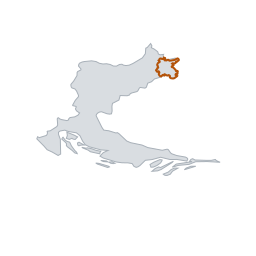 Vukovarsko-Srijemska on a map of Croatia (orthographic projection), rotated 325°
{"feature_id": "HRV-1605", "entity_name": "Vukovarsko-Srijemska", "entity_type": "County", "adm_level": 1, "iso_a3": "HRV", "parent_name": "Croatia", "parent_adm1": "", "projection": "orthographic", "projection_center": [18.849, 45.171], "detail": "fine", "context": "in_parent", "style": "outline", "palette": "amber", "viewbox_px": 256, "rotation_deg": 325, "n_neighbors": 0, "source": "natural_earth", "source_scale": "10m", "svg_char_len": 5769}
<svg xmlns="http://www.w3.org/2000/svg" viewBox="0 0 256 256"><g transform="rotate(325 128 128)"><path d="M48.9,83.3L49.8,85.0L56.9,87.3L58.5,86.6L59.5,85.4L59.6,84.6L60.2,84.4L62.7,85.7L70.5,86.0L72.1,85.2L75.3,79.9L76.3,79.5L76.9,79.7L77.3,81.4L78.3,82.9L82.1,86.8L83.5,87.3L85.0,86.4L86.5,86.2L90.7,88.3L94.3,88.8L97.0,87.9L95.8,85.0L95.7,83.4L95.9,82.2L97.8,81.0L97.7,80.4L95.6,78.0L95.8,77.5L100.7,75.1L105.4,73.9L106.2,72.8L107.1,68.1L106.9,65.5L105.1,63.1L105.0,61.9L105.5,60.6L106.3,59.5L110.4,58.4L116.3,55.8L118.2,53.3L119.3,52.9L122.6,53.4L123.3,52.8L123.0,49.0L123.6,48.1L125.3,47.1L128.2,47.6L130.5,48.6L136.7,52.1L139.9,55.2L141.7,58.6L144.2,61.2L147.3,63.1L149.8,65.7L151.6,68.9L154.1,70.7L157.5,71.1L159.6,72.3L160.4,74.0L162.2,75.7L165.0,77.2L169.2,78.0L180.0,78.8L184.8,77.1L188.4,72.8L190.0,73.1L195.0,71.8L194.7,74.4L193.2,75.6L194.7,78.3L196.1,82.6L195.3,84.8L196.3,86.5L199.4,88.1L198.5,88.6L197.8,90.1L197.7,92.7L200.2,95.1L206.7,97.8L208.7,99.9L208.7,100.9L208.3,101.5L203.3,101.7L201.4,100.6L201.2,102.4L199.4,102.9L200.4,109.3L200.0,111.2L199.3,111.8L197.9,111.5L197.5,112.1L197.8,113.4L196.0,113.6L193.1,112.9L191.8,111.7L191.5,109.2L190.6,107.3L188.3,105.3L183.5,104.9L177.8,103.0L173.8,103.6L169.9,102.6L166.5,105.1L164.8,105.1L161.4,101.9L160.4,101.7L157.4,103.2L156.2,103.3L151.3,101.5L149.5,101.2L148.2,101.8L145.8,101.1L140.2,96.9L136.6,99.9L129.4,98.9L127.3,101.0L124.7,105.0L122.6,106.9L120.9,106.1L119.0,104.3L115.6,99.5L113.8,98.6L111.7,98.4L109.9,98.8L108.9,99.7L107.0,112.3L106.9,115.8L110.7,119.3L115.2,125.1L116.7,125.8L117.4,127.7L119.5,137.9L121.7,141.5L129.7,150.0L133.0,155.4L143.3,165.9L147.9,167.8L148.6,168.8L148.6,172.8L149.1,174.3L152.1,178.5L158.4,184.8L159.1,186.2L159.3,187.2L158.9,188.0L157.2,188.8L150.0,181.8L144.3,177.9L138.0,170.7L129.5,167.6L123.7,164.4L116.2,165.6L113.8,165.5L112.1,164.9L110.9,162.9L111.0,159.5L107.7,156.3L103.2,153.1L98.9,149.1L90.5,138.4L88.9,135.0L93.5,134.0L98.7,134.9L93.2,130.3L85.6,121.3L83.4,117.1L83.3,112.7L84.2,106.8L83.0,102.4L77.1,96.6L75.0,93.5L70.6,91.5L68.6,91.6L67.3,93.7L66.1,98.4L57.9,110.7L55.0,110.4L52.1,104.2L49.3,99.4L48.8,94.6L47.1,84.6L48.9,83.3ZM181.5,203.9L181.6,205.3L183.8,208.9L173.6,200.9L164.0,194.4L157.1,192.8L147.8,187.5L141.8,185.5L146.8,185.2L161.1,192.3L159.5,190.5L161.6,189.8L163.4,190.3L164.5,192.6L172.6,198.7L177.7,202.3L181.5,203.9ZM72.0,118.4L71.7,119.9L70.1,117.9L69.4,114.4L67.6,108.7L67.4,107.1L68.6,105.6L68.6,104.1L67.4,99.1L68.7,98.4L69.5,98.3L69.6,101.7L70.2,103.7L72.1,106.2L71.4,110.1L71.5,115.8L72.0,118.4ZM81.6,106.4L78.1,107.1L76.6,105.5L76.2,104.3L73.4,103.7L71.5,101.1L74.0,99.4L75.5,96.4L79.8,102.9L81.6,106.4ZM134.6,175.3L130.1,175.3L126.2,174.5L124.3,173.2L125.1,170.5L129.4,170.8L136.0,172.2L137.6,173.7L137.1,174.3L134.6,175.3ZM146.1,181.3L144.1,181.6L131.4,181.0L127.7,180.1L122.8,177.2L127.0,176.8L130.8,177.5L131.9,179.0L146.1,181.3ZM90.9,132.0L90.1,133.0L83.5,125.8L82.8,123.5L79.6,118.6L79.1,117.3L82.1,120.5L83.3,120.9L86.2,124.0L89.0,128.0L92.4,131.5L90.9,132.0ZM130.4,186.0L135.7,187.2L139.6,186.8L143.1,187.5L145.8,189.5L139.7,188.9L136.1,190.1L132.9,189.3L131.7,188.5L130.8,187.4L130.4,186.0ZM90.2,148.2L90.5,149.2L88.7,148.7L82.2,139.9L81.5,138.2L83.9,140.3L90.2,148.2ZM79.7,111.5L82.3,116.8L79.8,115.1L77.5,114.4L77.1,113.2L78.0,111.3L79.7,111.5ZM157.7,195.5L161.6,198.2L150.2,194.5L152.7,194.2L157.7,195.5ZM95.4,146.4L97.1,149.4L95.4,148.7L93.6,146.9L92.6,144.9L95.4,146.4ZM91.6,142.8L92.0,144.2L88.6,141.4L87.1,138.9L91.6,142.8Z" fill="#d9dde1" stroke="#a8b0b8" stroke-width="1"/><path d="M187.9,105.9L187.7,105.8L187.5,105.5L187.3,105.2L187.1,104.7L186.8,104.4L186.6,104.4L186.2,104.7L185.8,104.7L185.4,104.6L185.2,104.6L184.7,104.8L184.1,103.9L183.9,103.3L183.9,102.8L183.9,102.5L183.9,102.2L184.0,101.7L184.8,100.7L185.0,100.8L185.3,100.8L185.4,100.7L185.6,100.4L185.6,100.2L185.7,99.9L185.7,99.4L185.6,99.2L185.4,98.9L184.4,98.7L184.2,98.7L184.0,98.3L184.1,97.2L184.1,96.8L184.3,96.7L184.6,96.5L185.8,96.4L185.9,96.2L186.0,96.0L186.1,95.9L186.3,95.8L187.3,95.9L187.5,95.7L187.5,95.3L187.5,95.1L187.5,94.9L187.6,94.7L187.9,94.5L187.9,94.4L188.0,94.2L188.0,93.2L188.3,92.8L188.6,92.6L189.2,92.3L189.7,92.0L191.7,92.1L192.0,91.9L192.2,91.5L192.2,91.3L192.1,91.0L192.1,90.9L191.8,90.6L191.8,90.4L191.8,90.2L192.0,90.2L192.8,90.0L193.0,89.9L193.3,89.6L193.6,89.5L193.8,89.5L194.1,89.5L194.4,89.6L194.7,89.9L194.9,90.0L195.0,90.2L195.1,90.4L195.1,90.5L195.6,90.9L195.6,91.0L195.8,91.1L195.9,91.3L196.0,91.4L196.3,91.5L197.2,91.3L197.7,90.9L198.0,91.3L198.5,92.0L198.2,92.6L197.5,92.7L196.9,93.0L197.0,93.8L197.5,94.1L197.8,94.2L198.0,94.5L198.4,94.8L199.1,94.8L199.4,94.9L199.9,95.0L200.3,95.4L200.3,95.8L200.5,96.6L202.0,97.5L203.0,97.9L204.8,98.8L205.6,99.0L208.0,99.3L208.6,99.5L208.9,100.3L208.8,101.2L208.5,101.5L208.4,101.6L206.0,101.8L205.9,101.7L205.7,101.3L205.3,101.3L205.2,101.5L205.0,101.8L203.9,102.0L203.3,101.9L202.7,101.7L202.4,101.4L201.9,100.7L201.6,100.5L201.0,100.6L201.2,101.2L201.5,102.0L201.4,102.6L200.8,102.7L199.3,102.6L198.9,102.9L198.9,103.3L199.1,103.6L199.4,103.9L199.6,104.1L199.8,104.6L199.9,105.0L200.0,105.9L200.2,107.1L200.3,107.5L200.2,107.9L200.1,108.3L200.0,108.8L200.0,109.2L200.3,109.5L200.9,109.3L201.2,109.6L201.3,110.1L201.1,110.4L200.8,110.6L200.5,110.7L200.1,111.5L199.8,111.8L199.5,112.0L199.1,112.0L198.5,111.4L198.1,111.2L197.4,111.7L197.5,112.4L198.1,113.6L197.8,113.7L196.9,113.7L194.6,113.8L193.7,113.5L193.2,113.2L192.6,112.7L191.6,111.7L191.3,110.6L191.5,110.2L192.1,109.7L192.2,109.4L192.2,109.2L192.0,108.9L191.9,108.8L191.9,108.6L191.9,108.3L191.8,108.1L191.7,108.0L191.5,107.9L190.7,107.8L190.4,107.7L190.0,107.3L189.0,105.2L188.9,105.0L188.7,104.9L188.4,105.1L188.3,105.3L188.2,105.5L187.9,105.9Z" fill="none" stroke="#b45309" stroke-width="2"/></g></svg>